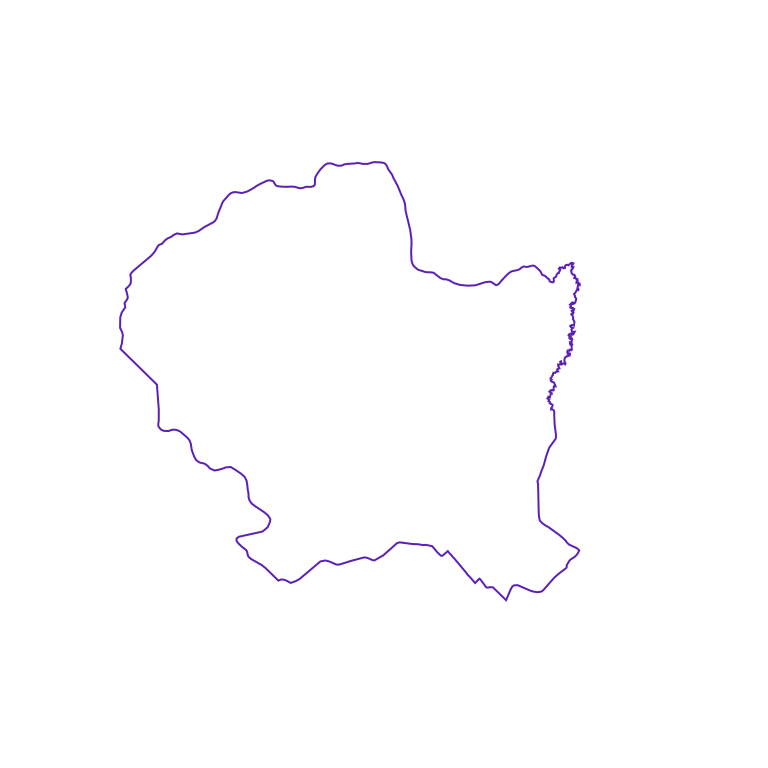 outline of Ponhea Kraek, Kâmpóng Cham, Cambodia, rotated 224°
{"feature_id": "14789045B85253678396589", "entity_name": "Ponhea Kraek", "entity_type": "district", "adm_level": 2, "iso_a3": "KHM", "parent_name": "Cambodia", "parent_adm1": "Kâmpóng Cham", "projection": "albers", "projection_center": [105.837, 11.75], "detail": "fine", "context": "isolated", "style": "outline", "palette": "violet", "viewbox_px": 768, "rotation_deg": 224, "n_neighbors": 0, "source": "geoboundaries", "source_scale": "gbopen_adm2", "svg_char_len": 6166}
<svg xmlns="http://www.w3.org/2000/svg" viewBox="0 0 768 768"><g transform="rotate(224 384 384)"><path d="M332.7,602.0L333.4,601.1L333.7,599.8L333.7,597.6L335.0,597.1L335.9,595.5L335.5,594.4L334.4,593.3L335.2,592.0L336.7,592.1L337.6,589.9L338.4,590.0L338.5,589.1L338.3,588.4L336.4,588.4L335.8,585.9L335.3,585.3L336.0,584.2L335.8,582.9L335.4,581.8L334.8,581.0L335.4,578.0L333.0,575.6L332.9,574.7L334.7,573.3L336.4,573.0L337.9,574.1L339.1,573.7L343.4,573.6L345.9,572.4L350.0,573.8L356.9,573.7L358.7,573.0L359.5,572.3L361.9,568.2L363.5,566.6L365.2,565.6L366.0,563.1L366.2,560.6L367.6,557.9L370.3,554.0L371.1,551.4L371.4,547.6L371.3,540.1L371.0,537.2L371.1,534.7L372.1,532.9L377.8,531.9L379.0,531.1L381.9,527.6L386.9,518.4L390.9,514.1L393.6,511.6L398.5,507.9L403.6,505.3L409.4,503.8L412.4,502.2L413.7,500.8L416.9,499.4L425.6,498.5L427.7,497.0L431.8,493.4L438.8,489.9L442.8,489.5L445.5,489.7L448.4,490.9L450.5,492.4L456.5,498.1L461.6,504.0L464.4,506.8L472.0,512.9L488.7,523.5L494.1,528.2L498.0,530.3L502.9,532.1L511.5,535.9L520.2,538.7L523.7,540.2L530.4,541.5L532.7,542.6L535.4,543.3L537.5,543.0L539.3,541.9L544.7,537.3L546.3,535.2L548.7,530.9L552.4,527.4L554.8,526.0L556.8,524.4L558.2,522.4L563.7,516.4L565.1,514.4L566.2,511.7L568.0,509.7L569.6,508.5L575.4,505.9L577.8,503.4L578.3,502.1L578.8,499.9L578.8,494.0L578.2,489.9L577.3,485.7L575.9,483.3L574.1,481.5L572.2,479.3L572.1,477.6L572.9,475.9L574.3,474.2L576.8,472.1L578.6,468.7L579.8,467.0L582.1,465.4L585.1,463.9L587.5,461.9L591.7,457.5L596.0,453.8L598.6,452.0L599.6,451.8L602.5,452.3L603.6,452.8L604.8,452.8L606.4,452.0L608.4,450.4L609.6,448.4L612.4,440.9L613.4,437.3L613.9,434.4L616.0,427.7L617.9,424.2L619.1,422.5L624.5,418.6L625.7,417.0L626.7,414.9L627.0,412.1L626.6,403.6L625.6,400.6L624.6,398.4L622.4,392.7L619.3,386.5L618.9,383.7L619.0,382.1L622.2,372.4L623.6,365.3L625.2,361.5L632.9,351.6L637.6,348.4L638.9,345.0L639.2,342.5L640.9,338.0L641.3,335.3L641.1,330.8L642.0,328.8L642.6,326.7L641.0,320.4L640.7,318.0L640.6,314.2L642.9,291.7L642.9,288.8L642.4,286.3L640.1,284.8L636.9,281.5L635.8,279.7L635.6,276.9L635.8,272.9L631.2,270.3L628.1,268.0L627.3,265.1L626.9,262.0L623.4,259.5L622.3,253.2L620.0,248.7L612.8,241.0L608.4,239.4L605.7,237.7L600.5,230.7L598.1,226.2L546.9,225.8L528.4,209.3L520.7,201.3L518.5,198.3L516.7,196.7L513.0,196.3L510.0,197.2L506.3,200.5L504.9,203.4L503.1,205.6L500.2,207.4L497.5,208.2L488.4,208.8L484.9,208.4L481.4,206.8L476.5,203.0L470.3,200.0L466.0,198.7L461.9,199.5L458.6,201.6L456.8,202.3L453.6,202.6L450.4,202.3L445.8,204.1L443.6,207.1L441.2,211.2L439.9,214.1L436.6,217.8L431.4,219.0L424.4,220.2L419.7,220.4L415.6,218.9L412.2,216.4L408.7,213.4L405.4,211.1L402.7,208.4L399.8,206.8L396.1,206.1L391.6,206.6L381.3,208.5L376.3,208.9L372.0,207.9L370.3,205.8L368.2,200.1L368.9,193.5L382.3,173.3L382.7,170.3L380.8,168.6L378.4,168.2L373.9,168.2L367.4,168.8L365.6,168.0L362.9,166.1L361.0,165.6L357.9,165.8L346.2,168.8L341.5,169.3L323.4,169.2L322.2,172.0L320.3,173.5L318.4,174.5L312.9,176.1L310.7,180.6L309.3,184.9L306.5,212.2L303.6,216.3L300.2,218.3L292.7,221.1L290.6,223.2L284.7,234.1L277.8,245.5L275.2,247.4L270.5,249.1L268.4,250.3L265.5,260.3L264.1,278.6L262.8,280.9L252.2,288.8L248.2,292.4L244.1,295.2L242.0,297.5L236.7,300.8L228.3,300.0L223.8,300.0L222.7,300.9L222.0,308.1L218.0,307.6L216.3,307.8L215.4,307.4L213.0,307.4L193.2,305.3L191.4,304.8L188.5,304.9L180.2,304.1L180.2,310.2L179.5,310.4L172.2,309.3L169.5,308.7L168.0,309.4L166.7,311.4L164.4,313.4L146.0,313.3L150.0,323.7L151.0,327.1L150.7,329.3L148.2,332.1L134.9,337.1L132.4,338.4L128.8,341.0L126.6,344.0L126.2,346.3L127.0,362.9L126.5,369.1L125.1,378.1L125.6,379.6L126.7,380.5L127.8,385.3L127.9,387.2L126.8,392.1L126.7,393.8L126.9,396.4L127.6,399.2L128.2,400.0L131.0,399.9L139.6,397.0L142.7,397.1L144.5,397.5L149.0,397.5L153.8,397.1L167.4,395.1L168.3,394.6L173.7,393.8L177.0,394.0L179.2,395.4L182.8,398.4L203.6,419.0L206.1,420.7L208.3,426.6L209.9,429.8L212.7,436.6L217.2,444.8L220.9,452.9L222.5,464.0L224.5,466.5L233.0,473.3L240.4,480.3L241.9,482.1L243.5,483.0L245.8,482.7L246.1,481.8L247.0,482.6L247.2,484.7L248.1,486.0L249.2,486.0L251.3,485.2L251.7,486.2L252.5,486.3L253.8,485.9L254.4,487.6L256.4,487.1L256.9,488.9L256.1,489.0L255.3,489.7L257.4,492.8L256.6,493.6L257.6,494.1L259.7,493.4L259.7,495.5L258.9,496.3L258.0,496.7L257.6,497.4L258.4,498.0L260.2,500.3L258.9,501.5L262.9,503.2L264.7,502.2L266.1,502.1L266.3,503.5L267.6,503.2L268.3,504.0L268.2,505.7L268.8,506.9L268.7,507.9L269.6,508.8L269.9,509.8L268.6,510.8L268.8,511.8L268.4,512.7L267.5,514.0L269.5,514.5L269.5,515.5L268.6,517.1L269.5,517.5L271.2,517.9L272.3,519.0L271.4,519.5L270.9,520.1L271.0,520.9L272.8,522.6L272.5,523.3L269.8,521.6L269.2,523.3L268.3,524.0L267.4,524.0L267.7,524.9L270.0,525.6L271.9,528.0L272.2,529.5L270.9,532.3L271.8,532.4L271.8,533.6L270.5,534.0L271.3,535.1L272.5,534.6L273.4,533.7L274.5,534.3L275.1,535.8L273.9,536.5L274.3,537.5L272.9,538.1L272.7,539.3L274.1,540.1L275.6,542.1L276.0,543.1L276.9,543.0L277.3,541.8L278.3,542.3L279.3,543.2L278.0,544.4L278.6,544.9L279.7,546.9L280.6,547.3L281.4,546.7L281.4,545.6L282.2,545.6L283.8,547.0L283.1,547.8L284.1,547.9L285.2,547.5L285.3,548.5L284.3,551.0L283.0,550.0L282.3,551.1L283.1,554.1L284.3,552.8L285.1,552.4L286.9,553.3L287.3,554.4L287.0,555.6L289.1,554.8L290.4,555.1L290.3,555.8L289.6,557.2L288.0,557.9L290.1,561.0L293.3,562.0L293.7,563.1L295.2,563.9L296.3,564.2L297.7,564.2L297.7,565.3L296.9,565.9L297.2,566.9L299.9,567.0L299.7,568.8L298.7,568.6L299.4,570.2L301.3,569.8L302.2,568.7L303.1,568.4L303.8,569.2L303.7,570.0L304.5,570.8L305.3,570.5L305.2,573.6L304.5,573.9L303.7,572.8L303.2,573.6L302.9,574.7L303.3,576.2L304.0,576.9L304.2,577.9L304.7,578.6L305.7,579.1L307.1,579.2L307.9,580.1L309.8,580.7L309.7,582.5L310.7,585.8L309.5,586.3L309.8,587.2L310.5,587.5L311.2,587.0L313.2,590.0L311.8,590.9L312.1,591.5L313.2,592.1L314.0,591.3L315.5,592.1L315.9,590.6L316.8,591.6L316.7,592.8L317.7,593.8L318.4,593.1L319.5,593.1L320.1,593.5L320.8,592.5L321.2,593.3L321.1,594.1L321.9,594.5L323.1,594.8L324.3,593.8L326.3,594.2L327.4,595.2L328.1,595.3L328.2,596.2L328.7,596.7L328.3,597.7L329.0,599.7L330.5,598.7L331.5,600.2L331.1,601.2L331.6,602.4L332.7,602.0Z" fill="none" stroke="#5b21b6" stroke-width="2"/></g></svg>